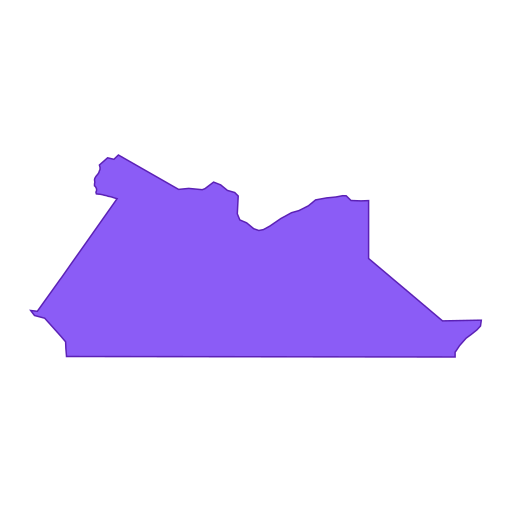 Micomiseng, Kié-Ntem, Equatorial Guinea, rotated 180°
{"feature_id": "11065452B35658646165921", "entity_name": "Micomiseng", "entity_type": "district", "adm_level": 2, "iso_a3": "GNQ", "parent_name": "Equatorial Guinea", "parent_adm1": "Kié-Ntem", "projection": "albers", "projection_center": [10.868, 2.052], "detail": "fine", "context": "isolated", "style": "filled", "palette": "violet", "viewbox_px": 512, "rotation_deg": 180, "n_neighbors": 0, "source": "geoboundaries", "source_scale": "gbopen_adm2", "svg_char_len": 1696}
<svg xmlns="http://www.w3.org/2000/svg" viewBox="0 0 512 512"><g transform="rotate(180 256 256)"><path d="M298.4,329.9L307.1,323.3L309.8,322.3L323.3,323.6L333.4,322.6L393.6,357.0L398.1,352.7L404.4,354.2L412.6,347.0L412.6,346.9L412.0,344.8L412.0,344.5L411.9,344.3L412.0,342.8L412.0,342.5L412.1,342.2L412.7,340.9L413.2,339.3L413.4,339.1L413.5,338.8L414.4,337.6L414.5,337.5L414.6,337.3L415.0,336.9L415.6,336.2L416.3,335.2L417.1,333.8L417.3,333.1L417.5,332.1L417.2,330.0L417.2,329.7L417.2,329.4L417.4,328.8L417.5,327.7L417.5,326.6L417.5,326.2L416.8,325.6L416.6,325.3L416.4,325.1L415.5,323.3L415.5,322.9L415.4,322.5L415.5,321.2L415.6,320.9L415.7,320.6L416.0,320.1L416.0,319.4L416.0,319.1L415.5,318.3L415.5,318.1L415.4,318.1L415.2,318.1L413.9,317.9L412.4,317.8L412.2,317.8L409.1,317.2L408.9,317.1L407.5,316.7L405.8,316.4L405.7,316.4L403.8,315.7L402.0,315.4L400.2,315.0L400.1,314.9L396.4,313.7L394.9,313.3L430.0,263.5L431.0,262.1L442.4,246.0L442.5,245.8L450.7,234.1L450.8,234.0L451.6,232.9L452.3,232.0L453.0,231.0L453.7,230.0L468.9,208.8L474.7,200.7L478.7,201.2L481.3,201.5L480.2,200.0L477.5,196.5L467.3,193.8L450.9,175.5L446.4,170.2L446.1,163.4L445.5,155.9L445.5,155.5L56.9,155.0L56.9,159.9L56.0,161.0L52.5,166.3L45.9,173.8L41.0,177.4L35.1,182.1L31.5,186.0L30.7,191.8L32.5,191.8L69.5,191.1L109.6,225.0L110.1,225.4L143.4,253.5L143.4,282.1L143.4,283.7L143.4,311.4L151.0,311.1L161.0,311.5L165.8,316.2L169.3,316.3L176.2,315.0L185.4,314.1L196.4,312.1L203.6,306.2L213.1,301.4L220.5,299.3L231.1,293.5L242.2,285.9L248.6,282.4L253.2,281.5L258.3,283.3L265.3,289.1L272.2,292.1L274.7,298.2L273.8,316.0L277.3,319.5L284.6,321.6L291.3,327.1L298.4,329.9Z" fill="#8b5cf6" stroke="#5b21b6" stroke-width="1.5"/></g></svg>